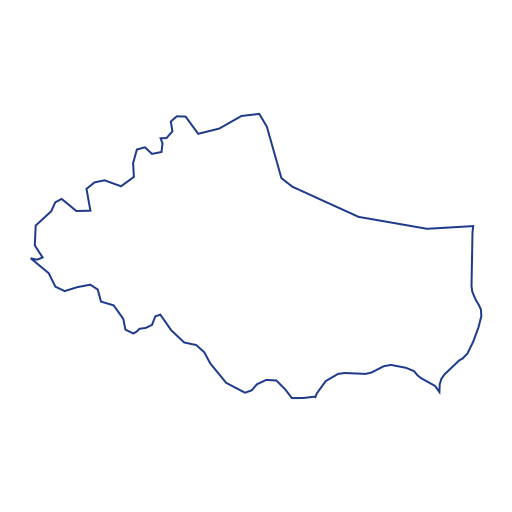 Dobrich, Mercator projection
{"feature_id": "BGR-2259", "entity_name": "Dobrich", "entity_type": "Province", "adm_level": 1, "iso_a3": "BGR", "parent_name": "Bulgaria", "parent_adm1": "", "projection": "mercator", "projection_center": [27.865, 43.673], "detail": "fine", "context": "isolated", "style": "outline", "palette": "blue", "viewbox_px": 512, "rotation_deg": 0, "n_neighbors": 0, "source": "natural_earth", "source_scale": "10m", "svg_char_len": 1321}
<svg xmlns="http://www.w3.org/2000/svg" viewBox="0 0 512 512"><path d="M185.6,116.6L198.2,133.8L219.2,128.6L241.4,116.0L259.3,113.9L266.9,126.8L281.4,178.1L292.3,186.7L358.6,216.9L427.0,228.8L473.2,226.1L472.5,232.3L471.5,286.1L472.3,291.8L475.6,299.6L478.8,304.9L481.0,309.8L481.3,316.3L478.4,327.6L473.2,341.7L467.4,353.6L462.5,358.6L459.3,360.3L444.4,374.5L441.4,378.8L439.7,384.3L439.4,392.0L435.0,385.9L420.6,377.9L417.5,375.3L414.0,371.1L405.9,367.8L390.8,364.9L383.6,366.3L371.5,372.5L365.6,373.9L344.7,373.0L338.0,373.9L325.7,381.1L316.9,393.3L315.4,397.1L314.5,396.7L303.2,398.0L291.9,398.1L285.3,389.5L276.4,380.5L266.3,379.9L256.9,384.3L251.6,390.4L245.0,392.7L226.1,382.8L210.2,363.3L204.3,352.3L196.1,345.0L184.2,342.5L171.4,330.5L160.3,314.6L155.3,316.4L152.0,324.9L145.8,327.9L139.4,328.8L136.8,331.5L133.4,333.5L125.4,329.6L123.3,318.9L113.7,305.4L101.0,301.6L97.7,289.5L90.3,284.7L77.4,287.1L64.7,291.1L55.4,286.7L48.7,273.2L30.7,258.3L37.0,259.7L42.6,257.5L34.8,245.4L35.7,225.5L51.2,211.3L55.2,202.4L61.6,198.9L76.3,211.0L90.4,210.7L86.5,188.9L94.5,182.4L104.6,180.3L121.0,186.3L133.9,176.9L133.1,163.1L136.9,149.5L144.9,147.3L152.0,153.9L161.5,152.0L162.5,143.5L160.6,138.3L166.5,138.0L172.4,131.4L170.8,121.5L176.8,116.3L185.5,116.6L185.6,116.6Z" fill="none" stroke="#1e3a8a" stroke-width="2"/></svg>